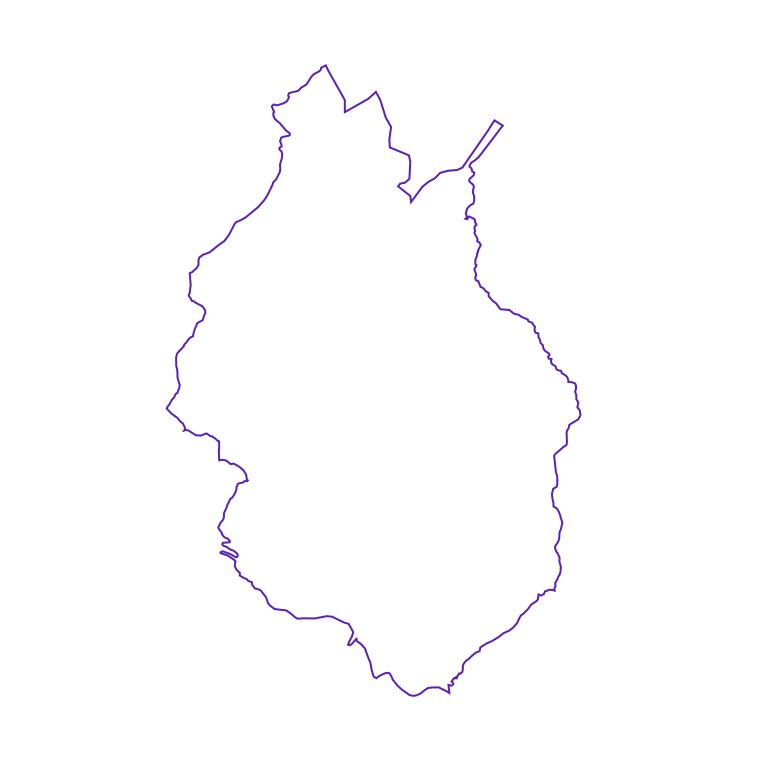 Ilovita, Mehedinti, Romania (Mercator projection), rotated 193°
{"feature_id": "2599482B41781803047638", "entity_name": "Ilovita", "entity_type": "district", "adm_level": 2, "iso_a3": "ROU", "parent_name": "Romania", "parent_adm1": "Mehedinti", "projection": "mercator", "projection_center": [22.488, 44.769], "detail": "fine", "context": "isolated", "style": "outline", "palette": "violet", "viewbox_px": 768, "rotation_deg": 193, "n_neighbors": 0, "source": "geoboundaries", "source_scale": "gbopen_adm2", "svg_char_len": 6151}
<svg xmlns="http://www.w3.org/2000/svg" viewBox="0 0 768 768"><g transform="rotate(193 384 384)"><path d="M326.4,662.5L335.7,665.7L339.9,653.7L356.3,612.5L360.8,609.0L369.5,606.2L376.7,602.4L380.7,595.9L386.1,591.1L391.0,584.8L398.5,567.4L400.7,573.2L414.7,579.7L413.3,582.9L408.8,584.9L405.4,589.6L408.4,606.7L411.2,612.4L431.5,615.8L433.8,623.4L434.9,636.0L442.2,644.0L451.6,660.0L457.6,666.8L463.6,658.2L483.3,640.1L486.1,651.9L508.6,676.6L512.4,681.4L516.4,677.9L516.3,675.9L517.8,673.8L522.4,669.7L523.9,666.9L526.9,658.4L531.3,654.2L533.0,651.1L534.2,650.0L541.8,646.2L542.3,644.2L542.1,643.2L541.1,642.3L541.6,639.5L542.5,637.2L545.2,634.8L551.0,631.4L554.2,631.6L555.7,629.8L555.6,629.1L553.4,625.7L552.4,625.0L552.2,624.4L552.8,623.2L552.1,620.5L549.9,617.6L544.2,614.7L536.9,609.2L532.1,607.0L531.9,605.2L532.6,604.5L537.6,602.3L539.6,600.9L539.9,597.1L538.1,594.8L537.2,592.4L539.0,590.7L538.9,589.4L537.9,588.4L536.1,587.5L534.9,585.2L534.3,581.1L534.7,574.3L533.4,570.1L533.2,567.1L535.1,559.2L537.3,555.6L537.5,552.9L540.0,541.8L542.1,536.1L546.4,528.1L556.4,515.1L560.2,511.6L564.5,508.4L565.5,506.6L568.6,494.5L571.7,487.4L577.3,481.1L583.5,473.1L589.4,469.2L591.9,466.4L592.4,465.7L592.6,463.0L591.5,458.3L592.6,455.0L596.3,449.6L598.2,448.3L594.6,436.8L593.8,428.9L594.3,427.0L593.9,425.9L591.6,423.9L589.9,421.8L587.3,421.7L586.2,420.9L578.9,419.0L577.0,417.7L574.8,415.5L574.0,412.3L574.7,410.6L574.8,406.7L575.1,405.3L579.5,401.5L580.8,394.4L581.0,389.8L580.8,387.6L582.9,385.9L584.5,383.8L585.8,380.3L587.5,377.4L587.6,375.7L592.2,367.7L592.5,366.4L592.5,362.9L590.5,354.9L588.2,350.1L586.7,343.9L582.8,337.0L582.6,334.9L583.3,328.8L584.3,328.0L585.1,326.3L585.3,324.1L587.2,320.7L588.8,315.0L589.7,313.5L590.2,311.2L584.2,307.2L577.6,304.5L573.9,301.5L571.2,300.4L568.9,297.7L567.8,295.7L567.7,295.0L568.2,293.7L566.5,294.6L564.4,294.8L555.9,291.8L551.0,292.5L545.9,295.9L541.1,294.1L539.0,294.3L538.5,293.6L536.6,293.1L533.4,291.3L531.8,291.0L530.2,284.6L530.0,282.1L527.4,272.6L523.4,274.0L522.1,274.0L519.5,273.6L516.1,271.7L514.5,271.6L513.4,272.4L511.6,272.4L506.1,270.7L503.6,269.4L501.1,267.9L497.9,264.6L496.2,260.2L495.0,259.4L495.5,258.7L498.1,257.9L499.3,256.2L502.4,254.9L504.1,253.6L504.1,251.8L504.5,250.7L504.1,247.1L505.0,242.6L506.4,239.0L507.8,237.7L509.5,230.4L509.6,228.0L510.9,221.9L510.2,219.4L510.1,216.3L510.8,214.3L511.9,212.5L513.2,207.3L512.5,205.9L508.6,202.5L508.0,201.1L506.8,200.0L504.5,198.6L501.8,198.4L498.7,196.2L498.9,195.0L499.3,194.8L505.2,193.1L505.6,192.2L505.2,190.9L504.1,190.3L500.1,189.7L496.2,188.1L492.9,187.7L489.4,186.0L488.3,185.0L487.9,183.4L488.5,182.1L489.5,181.9L496.3,183.9L503.5,184.7L504.9,183.6L505.4,183.0L505.1,182.4L497.5,181.7L489.7,178.6L488.7,177.6L488.9,175.6L488.2,172.7L486.1,170.0L481.9,167.4L481.5,165.0L476.5,163.3L474.0,163.1L471.9,161.5L468.2,161.2L467.1,158.5L464.0,155.8L459.8,155.7L457.5,155.0L450.8,149.5L448.0,144.8L446.9,143.7L445.1,142.5L440.0,140.1L428.1,141.4L422.1,138.8L418.3,136.7L415.3,135.9L410.1,137.5L398.7,140.0L387.5,144.9L382.4,145.6L369.2,142.6L364.5,142.3L358.9,136.2L358.1,134.7L358.6,130.0L359.8,126.0L360.3,121.8L358.5,121.8L356.9,123.4L353.2,130.4L353.4,127.7L348.2,125.6L342.9,121.9L339.3,116.0L334.5,109.2L331.7,102.6L328.3,96.6L325.2,95.6L323.6,97.8L320.1,100.8L316.8,103.1L313.5,103.4L311.0,100.8L308.8,97.7L302.7,93.0L297.8,90.2L289.0,86.6L284.9,86.8L282.1,88.1L278.7,90.7L276.0,94.3L272.8,97.6L268.9,99.1L262.4,100.7L255.0,99.0L250.8,97.6L253.5,105.3L250.1,105.3L249.4,106.3L248.9,107.1L249.2,108.0L251.3,109.3L249.8,112.8L246.9,113.6L247.0,114.8L247.8,114.7L246.6,116.0L245.6,119.0L244.5,118.8L242.9,121.0L243.1,124.5L243.8,126.6L243.6,128.8L242.6,131.3L241.0,133.8L239.1,135.7L237.4,138.7L234.3,142.7L230.7,145.3L230.9,149.0L225.3,154.6L220.8,157.9L214.9,163.8L211.5,168.1L206.6,171.8L203.5,175.4L200.3,181.5L200.0,183.9L198.6,189.2L196.5,191.5L193.3,196.6L190.9,202.2L186.4,207.0L185.6,208.6L186.1,213.7L184.0,213.2L182.7,213.7L180.9,215.6L180.4,218.3L178.6,219.2L177.1,220.6L173.4,221.2L171.2,221.0L172.0,223.4L171.4,225.6L172.4,228.6L171.1,233.1L170.9,235.4L170.0,237.3L169.8,241.0L170.6,245.8L173.2,250.5L173.8,254.1L176.5,257.9L178.5,259.5L180.2,262.2L180.7,263.5L180.6,264.8L178.9,269.2L178.6,271.5L178.6,273.2L179.6,279.0L179.0,282.5L179.0,289.1L181.8,293.5L182.5,295.3L185.3,299.3L187.6,301.6L191.3,302.8L192.2,306.4L193.4,308.6L195.6,314.3L195.6,319.9L192.8,322.5L192.4,324.4L194.4,332.9L196.5,336.4L202.0,352.1L201.7,353.8L195.3,362.6L192.5,365.6L192.5,367.9L195.1,377.5L195.2,379.8L194.2,382.2L194.2,386.0L186.9,393.1L185.8,396.4L185.6,398.2L187.6,402.7L190.3,404.7L190.4,409.1L191.4,410.8L193.2,412.4L194.0,416.1L196.1,419.8L195.8,422.3L196.6,425.7L197.9,427.5L201.1,428.0L204.8,427.4L205.0,428.4L206.1,430.6L207.7,432.5L210.0,433.6L213.2,434.5L214.0,436.0L214.8,436.8L215.9,436.5L219.1,436.9L220.9,439.9L224.0,440.9L225.9,442.3L226.6,444.9L226.3,445.9L227.1,446.2L229.0,445.7L230.3,447.3L229.4,449.2L229.4,449.9L229.9,450.7L234.3,452.4L236.5,454.2L238.0,457.6L240.6,459.1L242.3,462.6L244.0,464.4L245.0,468.0L247.9,468.1L249.0,469.4L249.7,471.4L249.7,473.7L252.1,475.5L253.3,476.9L257.4,477.6L258.3,479.1L265.4,480.5L268.5,481.7L273.4,481.8L278.4,484.3L287.0,483.1L288.5,483.9L292.7,487.7L297.3,489.8L301.8,493.1L302.5,496.3L305.5,497.1L308.5,499.5L310.4,500.2L311.7,500.2L315.2,505.4L317.6,505.7L318.9,507.5L319.1,508.8L318.6,510.3L318.9,511.5L321.7,516.0L321.7,517.0L320.5,519.9L320.7,520.7L321.9,521.2L322.7,524.3L322.8,526.0L322.2,530.3L322.7,532.4L322.1,533.7L322.4,535.1L321.0,541.1L322.9,543.4L325.3,544.1L325.5,546.4L329.9,551.5L329.7,553.3L330.0,554.5L331.2,556.7L330.6,558.8L329.7,559.4L329.9,560.3L331.5,562.0L332.7,564.9L338.4,566.4L339.3,565.9L340.0,563.3L341.8,563.4L340.9,564.6L341.2,566.3L342.7,568.5L342.4,573.7L340.7,576.8L339.4,578.3L337.9,579.3L337.4,580.9L337.4,583.4L338.7,587.8L340.4,590.4L340.9,593.8L340.7,596.2L341.4,597.6L342.5,598.5L345.9,600.2L346.9,601.4L346.6,603.4L343.6,607.5L343.5,610.0L344.0,610.5L345.9,611.0L347.3,613.8L349.1,614.6L349.7,615.3L349.8,616.2L348.8,619.2L345.7,622.4L343.2,625.8L341.7,628.7L326.4,662.5Z" fill="none" stroke="#5b21b6" stroke-width="2"/></g></svg>